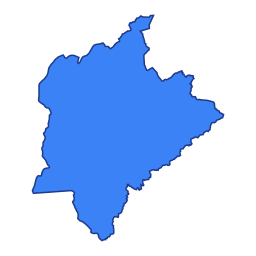 Kasungu, Kasungu, Malawi (orthographic projection)
{"feature_id": "42251766B4237185447418", "entity_name": "Kasungu", "entity_type": "district", "adm_level": 2, "iso_a3": "MWI", "parent_name": "Malawi", "parent_adm1": "Kasungu", "projection": "orthographic", "projection_center": [33.451, -12.996], "detail": "fine", "context": "isolated", "style": "filled", "palette": "blue", "viewbox_px": 256, "rotation_deg": 0, "n_neighbors": 0, "source": "geoboundaries", "source_scale": "gbopen_adm2", "svg_char_len": 5802}
<svg xmlns="http://www.w3.org/2000/svg" viewBox="0 0 256 256"><path d="M170.0,164.2L169.5,162.8L170.2,160.8L172.2,160.3L173.2,159.3L174.3,159.3L175.4,158.0L176.3,157.5L177.2,156.3L177.7,156.1L178.7,156.4L180.5,155.3L179.9,152.7L180.1,151.7L180.7,151.1L180.3,150.0L181.0,149.1L181.7,148.8L183.1,148.8L183.6,147.9L185.5,145.5L187.3,145.1L188.3,145.7L189.0,145.7L189.1,145.1L189.3,144.8L189.7,144.7L190.1,145.1L190.7,145.2L191.8,144.0L191.9,143.5L190.8,142.3L191.1,141.0L190.8,140.2L191.0,139.0L193.4,138.1L195.0,137.1L196.5,137.2L197.4,137.7L197.8,137.7L198.6,136.7L199.0,136.4L199.3,135.8L200.4,134.9L203.1,134.6L204.1,132.2L204.7,132.1L206.2,131.1L207.1,131.0L208.1,131.5L208.9,130.4L209.9,129.9L210.6,125.4L211.6,123.2L213.0,122.5L213.5,122.5L214.1,122.8L214.6,122.4L215.3,122.2L215.8,121.8L216.4,120.6L217.4,119.9L219.8,119.2L220.7,118.4L222.6,117.7L223.6,114.6L221.5,113.3L219.6,112.7L219.3,111.3L218.5,110.7L217.3,110.5L216.6,109.1L215.8,108.9L215.4,109.1L215.2,109.0L214.6,106.1L214.4,103.5L214.0,102.7L213.3,102.0L207.6,100.4L201.5,99.9L199.2,99.4L198.7,99.7L196.6,99.3L196.2,98.9L195.8,97.4L195.4,96.8L194.3,96.6L192.9,96.9L192.0,96.7L191.9,95.9L191.4,94.8L190.9,94.7L190.0,93.4L190.4,93.2L190.5,91.9L191.1,90.3L191.0,88.4L191.4,88.1L191.4,87.3L192.1,87.0L192.2,86.5L191.5,85.7L191.7,85.1L191.3,84.5L190.7,84.2L190.4,84.3L190.1,83.7L190.3,83.4L191.1,83.0L191.5,82.1L191.5,81.6L192.1,80.6L193.1,79.0L193.9,78.6L193.0,77.2L193.4,76.1L192.7,75.7L190.4,75.7L190.2,75.2L188.6,75.2L187.1,75.7L186.5,77.0L185.6,77.0L184.3,75.4L183.9,74.3L182.9,74.1L182.4,73.8L182.9,72.5L182.4,72.1L181.8,72.1L182.0,71.2L181.9,70.9L181.4,70.9L179.4,71.9L178.4,72.0L177.5,72.9L175.6,73.1L174.8,73.5L173.9,74.2L171.2,77.4L168.5,78.7L167.8,79.4L166.0,79.7L165.3,79.4L164.6,79.7L163.1,81.1L162.1,81.0L161.8,80.8L157.9,76.0L156.9,72.6L152.4,67.7L150.0,68.9L147.7,70.4L146.6,70.2L144.4,64.6L143.8,55.6L144.6,54.1L146.1,52.8L147.2,51.4L149.1,49.8L149.1,48.3L148.6,47.6L147.7,47.3L146.2,46.0L145.8,45.2L145.7,43.6L144.5,43.1L144.5,40.8L144.1,40.1L143.9,38.5L143.2,37.3L143.2,36.6L142.7,34.9L142.6,33.7L140.8,32.1L140.4,31.2L141.0,31.3L142.7,30.4L149.4,28.4L149.2,24.9L153.5,15.4L150.9,15.5L150.3,15.8L149.2,17.2L143.1,17.0L141.2,16.3L140.9,15.9L138.6,17.9L136.7,18.2L136.1,19.6L135.3,20.1L135.4,21.0L134.9,21.7L134.5,21.7L134.0,21.9L133.0,21.8L131.5,23.0L130.7,22.6L130.1,22.8L129.8,23.7L129.3,24.1L129.0,25.2L130.2,27.5L130.3,28.3L131.2,29.3L130.9,30.2L129.0,31.1L127.7,30.9L126.9,31.7L126.1,32.0L123.9,33.6L122.4,34.0L122.1,34.6L122.0,35.6L121.2,36.3L120.3,37.8L118.6,38.9L119.5,40.1L119.6,40.8L119.4,41.3L118.4,42.0L117.5,42.3L116.2,43.2L114.9,44.4L113.2,46.8L111.2,48.2L110.9,48.7L110.0,48.6L109.4,47.7L108.2,46.5L105.3,46.4L104.9,45.8L104.6,44.6L103.8,44.0L103.3,43.2L102.7,43.0L102.2,43.0L101.3,43.6L100.6,43.8L95.8,44.5L94.0,45.3L92.8,46.7L88.9,53.4L86.4,55.6L83.6,56.4L82.5,57.2L81.7,58.4L80.0,62.1L78.5,63.5L77.9,63.1L77.7,62.2L78.9,57.4L77.6,57.0L75.9,56.1L73.2,55.3L70.9,55.4L69.9,55.7L68.4,56.5L66.9,57.9L66.2,58.3L65.0,57.7L63.3,55.1L62.9,55.0L58.3,57.0L55.1,59.6L53.5,62.0L51.4,64.1L49.0,67.7L48.7,68.5L48.0,72.8L47.1,75.3L44.5,78.8L42.5,80.5L39.6,83.4L39.0,85.1L39.0,96.0L38.6,99.3L38.7,100.6L39.1,101.4L40.2,102.4L44.3,105.2L45.5,107.2L46.5,107.7L48.3,108.1L49.2,108.8L49.6,109.3L51.1,112.7L50.9,113.8L49.5,115.1L49.4,115.5L49.3,119.4L48.2,123.6L48.5,125.4L48.4,126.7L47.6,127.6L45.9,128.6L45.2,131.5L44.6,132.5L43.9,132.8L43.6,133.4L43.9,134.7L45.1,136.7L45.2,137.7L44.6,139.9L43.1,142.4L43.0,145.9L41.9,147.9L42.0,149.5L42.5,150.9L42.7,152.4L42.7,153.9L42.4,155.4L42.5,156.5L45.5,159.9L47.6,164.6L48.3,165.5L49.2,166.1L49.4,166.6L49.2,167.4L48.8,167.8L44.9,168.5L43.4,169.6L42.0,172.6L41.5,175.1L41.2,175.7L40.7,175.9L38.2,175.8L37.8,176.0L37.1,176.9L36.2,178.8L34.4,186.0L32.4,190.6L33.4,193.3L70.9,190.6L73.2,191.3L73.9,192.2L74.3,192.4L74.6,193.1L74.5,193.7L73.5,194.9L74.2,197.9L74.0,199.1L74.1,200.3L73.7,201.0L72.9,201.2L72.6,201.8L73.4,203.9L74.0,204.8L75.3,208.3L76.3,209.8L76.5,210.9L77.4,212.0L77.9,213.0L78.2,215.5L77.8,218.7L79.9,220.7L82.4,221.7L85.1,223.6L88.8,227.1L89.9,228.6L90.8,229.1L91.3,230.1L90.8,232.0L91.5,232.8L93.6,233.5L96.8,233.3L97.9,233.9L98.3,234.6L98.5,236.4L99.0,237.6L99.8,238.8L102.0,240.6L102.9,240.1L104.6,239.6L105.7,239.6L105.6,238.6L107.1,238.4L107.5,237.1L109.3,236.8L109.7,236.5L110.4,234.8L111.1,234.2L112.6,234.0L113.7,233.4L113.8,231.4L113.6,228.1L113.3,227.0L113.5,225.7L112.4,224.7L112.2,224.4L112.5,223.0L113.2,221.4L112.7,220.5L112.6,219.7L113.1,219.3L113.6,217.7L114.6,216.7L115.9,216.8L116.6,216.6L117.9,217.4L118.2,217.2L118.5,216.6L118.4,215.2L118.7,213.6L119.7,213.6L121.1,212.7L122.0,211.2L122.0,210.2L123.0,208.5L122.9,206.7L123.9,205.8L124.0,203.7L125.0,203.4L125.4,203.1L126.7,201.5L126.7,200.9L127.1,200.5L127.2,199.8L126.4,199.0L126.3,198.6L126.5,198.2L127.4,197.8L127.6,197.3L126.4,195.7L128.4,194.4L128.7,193.8L128.4,193.3L127.8,193.0L128.1,191.9L127.9,191.1L126.2,189.7L126.0,189.2L126.1,188.2L126.4,187.5L127.4,186.6L127.4,184.5L127.9,184.3L128.6,184.4L128.6,185.1L129.5,186.2L130.1,186.1L131.3,186.8L132.3,187.9L133.3,187.9L134.3,189.0L135.3,189.4L136.6,189.6L137.2,188.2L137.8,187.7L138.0,187.7L138.6,188.4L138.8,189.7L139.4,190.1L140.3,189.3L141.1,189.1L141.4,188.9L140.9,184.7L142.7,185.7L143.3,185.7L143.7,185.3L143.7,184.9L143.2,184.1L142.7,182.2L142.7,180.7L143.0,179.8L143.5,179.7L144.3,180.4L144.5,180.4L144.5,180.0L148.5,179.5L148.9,179.0L149.3,177.6L150.6,177.3L150.8,174.3L149.7,172.7L149.5,171.6L149.7,171.1L150.5,171.0L151.3,170.4L153.1,169.7L153.7,169.7L154.2,170.2L155.5,169.9L156.1,170.4L157.1,170.1L158.1,170.3L158.3,170.1L158.5,168.7L160.4,168.0L161.3,167.3L162.2,166.0L163.3,165.2L164.5,165.3L165.3,164.9L166.8,164.6L167.5,165.2L168.3,165.4L169.5,165.0L170.0,164.2Z" fill="#3b82f6" stroke="#1e3a8a" stroke-width="1.5"/></svg>